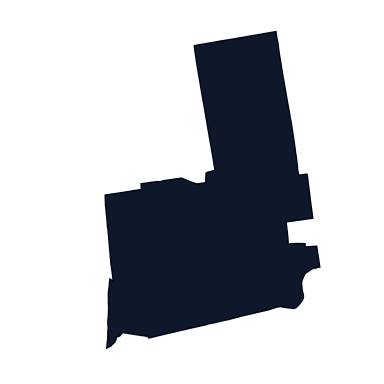 outline of Gangiova, Dolj, Romania, rotated 74°
{"feature_id": "2599482B23662584271310", "entity_name": "Gangiova", "entity_type": "district", "adm_level": 2, "iso_a3": "ROU", "parent_name": "Romania", "parent_adm1": "Dolj", "projection": "mercator", "projection_center": [23.836, 43.895], "detail": "fine", "context": "isolated", "style": "filled", "palette": "ink", "viewbox_px": 384, "rotation_deg": 74, "n_neighbors": 0, "source": "geoboundaries", "source_scale": "gbopen_adm2", "svg_char_len": 5875}
<svg xmlns="http://www.w3.org/2000/svg" viewBox="0 0 384 384"><g transform="rotate(74 192 192)"><path d="M318.5,316.9L317.9,314.7L317.9,313.8L317.9,313.0L317.8,312.6L317.3,311.8L316.7,311.1L316.3,310.3L316.1,309.7L316.0,309.4L315.6,308.8L315.5,308.6L315.3,308.2L314.9,307.7L314.2,307.0L313.8,306.6L313.5,306.4L312.8,305.8L312.4,305.6L311.8,305.2L311.0,304.8L310.8,304.6L310.7,304.4L310.6,304.0L310.6,303.7L310.5,302.3L310.5,302.1L310.4,301.4L310.3,301.1L310.2,300.8L310.1,300.6L309.9,300.5L309.5,300.0L309.1,299.6L309.0,299.3L308.4,298.2L308.0,297.4L308.1,297.2L308.2,296.9L310.0,293.0L311.4,290.0L312.3,287.9L313.8,284.8L315.2,281.7L315.7,280.7L316.6,278.6L317.0,277.7L317.5,276.7L318.4,274.8L318.6,274.3L319.5,274.0L320.4,273.7L320.5,272.8L320.6,269.9L320.6,268.9L320.7,267.8L320.8,263.6L320.9,261.7L321.0,260.7L321.0,259.7L321.2,255.7L321.4,252.7L321.5,250.5L321.9,241.1L322.0,239.9L322.3,234.1L322.5,230.2L322.8,224.7L323.1,219.8L323.4,215.2L323.3,212.8L323.4,210.8L323.8,206.6L323.8,203.9L324.0,201.7L324.2,197.1L324.6,192.8L324.9,177.4L325.6,164.6L326.3,149.8L326.0,142.2L326.5,138.3L327.2,137.2L327.4,136.7L328.0,135.5L328.6,134.2L329.2,132.9L329.8,131.6L330.3,130.3L330.7,129.0L330.8,128.8L331.3,128.0L331.7,127.3L332.0,125.3L331.9,124.7L331.7,123.7L330.6,121.6L330.0,120.6L326.7,116.0L325.9,115.3L324.7,114.3L323.2,113.7L321.7,113.4L319.9,113.3L317.4,113.2L316.6,113.1L316.1,113.1L315.0,112.9L313.1,112.5L310.4,112.0L308.1,111.2L306.8,110.2L304.7,108.6L302.4,106.7L301.1,105.0L300.7,103.8L300.5,101.8L300.1,101.3L299.8,100.6L299.4,99.4L298.7,96.3L298.7,96.0L299.3,93.5L299.2,93.3L299.0,92.1L299.0,91.7L299.0,91.3L299.2,90.6L299.4,89.9L295.9,89.4L285.1,88.0L280.2,87.3L278.7,87.1L278.6,87.3L278.3,87.6L278.1,88.9L277.9,90.5L277.7,90.6L276.7,95.4L276.1,98.4L272.9,97.6L272.8,97.9L270.7,104.5L270.3,105.9L269.9,107.7L269.5,109.6L268.6,113.9L263.3,112.7L260.7,112.2L259.2,111.9L257.6,111.7L255.8,111.3L253.0,110.9L250.2,110.4L247.5,110.0L246.6,109.8L247.5,103.8L248.4,97.7L250.4,83.1L250.2,83.1L232.4,80.5L230.7,80.2L228.7,79.9L226.7,79.6L224.5,79.2L221.2,78.7L218.6,78.3L214.6,77.8L211.8,77.2L207.0,76.6L206.6,76.6L206.5,77.0L206.0,79.9L205.5,83.8L205.4,84.4L205.2,84.6L204.2,84.7L202.7,84.6L201.3,84.5L198.8,84.2L197.5,83.9L196.2,83.6L194.9,83.4L193.5,83.2L190.7,82.7L189.3,82.5L187.4,82.2L185.5,81.9L183.8,81.8L178.2,80.9L176.7,80.7L174.6,80.4L170.4,79.8L165.7,79.2L162.9,78.8L159.3,78.4L158.4,78.3L157.1,78.1L156.1,78.0L154.6,77.8L153.3,77.6L150.0,77.3L149.7,77.2L148.9,77.2L147.4,77.1L145.1,76.8L143.3,76.6L140.5,76.3L137.5,76.0L136.1,75.8L135.3,75.8L134.0,75.7L132.2,75.5L130.7,75.3L129.4,75.2L127.6,75.0L125.7,74.8L124.4,74.7L122.4,74.4L119.1,74.1L116.1,73.7L112.2,73.3L111.0,73.2L107.3,72.8L106.3,72.7L105.1,72.6L104.3,72.5L102.1,72.3L96.5,71.6L93.8,71.2L91.5,71.0L89.2,70.7L85.6,70.3L84.1,70.1L81.8,69.8L75.5,68.9L72.6,68.4L72.1,68.4L70.2,68.2L68.5,68.1L66.5,67.9L65.0,67.7L61.5,67.2L61.0,67.1L57.0,103.7L56.9,104.6L56.7,107.2L55.1,120.6L54.8,122.7L54.6,124.9L54.3,128.2L54.1,130.3L53.8,133.2L53.7,133.8L53.5,135.6L53.1,139.8L52.9,141.0L52.6,143.6L52.2,147.4L52.1,149.5L57.2,150.3L68.5,151.8L68.8,151.8L71.7,152.2L81.6,153.3L88.2,154.0L91.6,154.4L93.1,154.6L98.6,155.2L107.2,156.1L113.2,156.7L114.0,156.8L117.4,157.2L125.5,158.1L128.4,158.4L130.8,158.7L132.6,158.9L134.5,159.1L136.4,159.3L141.1,159.8L148.5,160.6L150.4,160.8L153.4,161.1L159.9,161.8L160.3,161.9L161.3,162.0L162.4,162.1L168.1,162.7L172.4,163.3L173.4,163.4L175.3,163.6L176.6,163.8L176.8,163.8L177.1,164.0L177.3,164.2L177.4,164.4L177.4,164.6L177.5,164.9L177.4,166.8L177.5,167.7L177.4,169.5L177.4,171.2L177.4,172.1L177.4,172.3L177.5,172.6L177.6,172.8L177.7,173.0L177.8,173.2L178.3,173.5L178.6,173.5L182.4,174.8L183.6,175.2L186.9,176.2L186.7,177.6L186.6,178.5L186.3,180.2L186.2,181.0L186.2,181.3L186.3,181.6L186.0,182.8L185.9,183.7L185.5,185.3L185.4,185.5L185.2,185.9L184.9,186.4L184.2,187.3L183.3,188.5L183.0,188.8L182.9,189.3L182.7,189.5L182.5,189.9L182.4,190.1L182.1,190.4L181.7,190.8L181.1,191.6L180.5,192.4L179.9,193.1L179.3,193.9L178.7,194.6L177.6,196.1L177.0,196.7L176.3,197.8L176.0,198.2L175.7,198.8L175.7,199.0L175.6,199.8L175.5,200.6L175.2,202.2L175.1,202.9L175.0,203.7L174.8,205.1L174.6,206.8L174.4,208.4L174.3,209.2L173.7,213.3L173.6,214.1L173.5,214.9L173.4,215.7L173.2,217.2L173.4,217.9L173.5,218.4L173.5,218.6L173.4,219.6L173.2,220.1L173.1,220.7L173.0,220.9L173.0,221.1L173.0,221.4L172.9,221.8L172.5,222.1L172.4,222.5L172.3,224.1L172.2,224.3L172.1,225.2L171.8,226.6L171.6,228.0L171.4,228.9L171.2,230.9L171.2,231.3L171.1,232.3L170.9,233.8L170.5,235.4L170.5,236.1L170.3,237.6L170.1,238.7L175.4,239.8L175.5,239.9L175.6,240.6L175.5,240.8L175.4,241.9L175.0,245.1L174.6,247.7L174.4,249.8L174.4,250.0L174.3,251.3L174.2,252.4L174.0,253.6L173.7,256.2L173.4,258.7L173.2,260.0L172.9,262.6L172.0,269.0L171.4,274.0L171.2,275.3L171.1,276.0L171.1,276.3L172.1,276.5L173.7,277.0L177.6,277.9L179.6,278.4L180.1,278.5L180.3,278.6L180.5,278.7L181.4,278.8L183.2,279.1L186.8,279.8L190.3,280.5L193.8,281.1L195.4,281.4L197.0,281.7L200.0,282.3L200.5,282.4L201.3,282.7L202.4,282.9L202.4,282.7L202.7,282.7L205.9,283.3L207.5,283.6L210.7,284.2L213.8,284.8L218.9,285.8L219.1,285.8L221.8,286.4L224.4,286.9L224.7,286.9L225.7,287.1L233.8,288.7L236.3,289.2L239.8,289.8L240.9,290.0L242.2,290.1L249.7,291.2L253.3,291.8L255.8,292.1L256.0,292.2L255.7,292.5L253.8,294.2L253.6,294.4L253.1,294.8L254.4,295.4L256.2,296.2L258.1,296.9L260.7,297.9L262.0,298.5L265.2,299.9L265.9,300.1L266.8,300.4L267.6,300.7L270.2,301.4L271.3,301.6L271.7,301.8L272.1,301.8L272.6,302.0L275.3,302.8L276.1,303.1L276.3,303.2L276.5,303.1L277.6,303.3L278.5,303.6L281.6,304.4L285.3,305.6L288.4,306.7L290.7,307.5L291.1,307.8L293.1,308.5L295.3,309.1L296.5,309.4L298.2,309.7L300.1,310.1L300.8,310.3L301.9,311.0L302.7,311.2L303.8,311.5L304.9,311.9L307.2,312.6L308.3,312.9L308.9,313.1L318.5,316.9Z" fill="#0f172a" stroke="#020617" stroke-width="1.5"/></g></svg>